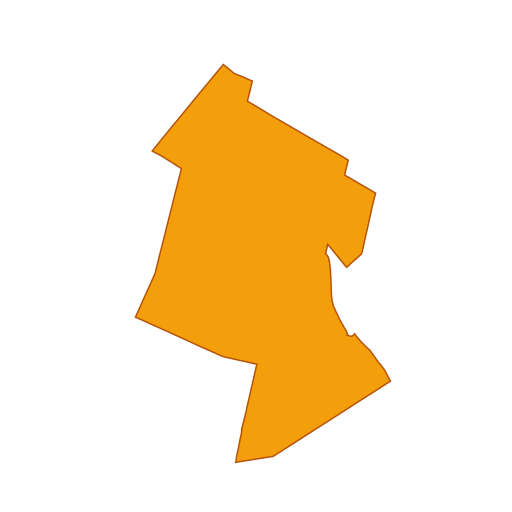 outline of Comuna 10, Ciudad de Buenos Aires, Argentina, rotated 240°
{"feature_id": "61730980B55355191537575", "entity_name": "Comuna 10", "entity_type": "district", "adm_level": 2, "iso_a3": "ARG", "parent_name": "Argentina", "parent_adm1": "Ciudad de Buenos Aires", "projection": "mercator", "projection_center": [-58.505, -34.627], "detail": "fine", "context": "isolated", "style": "filled", "palette": "amber", "viewbox_px": 512, "rotation_deg": 240, "n_neighbors": 0, "source": "geoboundaries", "source_scale": "gbopen_adm2", "svg_char_len": 3791}
<svg xmlns="http://www.w3.org/2000/svg" viewBox="0 0 512 512"><g transform="rotate(240 256 256)"><path d="M87.5,135.2L73.9,170.8L73.9,171.1L80.4,309.9L80.7,309.9L80.9,309.9L82.7,309.9L83.9,310.0L84.1,310.0L85.2,310.0L86.6,310.1L87.0,310.1L88.4,310.2L89.5,310.3L90.7,310.3L91.7,310.3L93.7,310.2L95.3,310.1L96.5,309.9L98.7,309.7L100.6,309.5L101.5,309.0L109.5,308.3L117.4,307.5L117.8,307.4L123.6,305.6L125.0,305.2L129.3,304.1L136.9,302.7L137.2,302.7L139.3,302.7L138.7,300.3L138.5,299.6L138.9,298.3L140.2,296.7L141.1,296.4L141.4,296.0L142.0,295.2L142.4,296.0L143.0,296.3L144.1,296.4L145.0,296.5L145.3,296.6L146.9,296.7L147.5,296.7L147.9,296.7L149.0,296.7L150.2,296.6L150.7,296.6L151.2,296.6L152.4,296.7L159.5,296.7L161.0,296.8L164.0,297.2L168.0,297.4L171.5,297.8L174.5,298.1L179.3,299.6L180.3,300.0L183.7,301.5L183.8,301.5L188.1,303.7L188.6,304.0L190.2,304.9L192.7,306.2L195.0,307.4L195.2,307.5L195.9,307.9L199.9,310.0L204.0,312.1L206.0,313.1L206.7,313.5L207.7,313.9L211.0,315.4L214.4,316.7L218.2,317.9L221.6,317.9L222.4,317.9L223.2,317.3L226.2,320.2L227.3,321.3L229.8,323.6L230.2,324.0L207.9,327.6L200.9,328.8L201.0,329.7L202.1,334.3L203.6,341.7L205.0,348.2L205.2,348.7L208.7,352.0L215.9,358.6L222.3,364.5L223.0,365.2L230.2,371.8L237.4,378.4L238.2,379.1L241.2,381.9L244.4,384.8L247.3,387.7L250.6,391.0L256.8,387.5L263.0,384.0L269.2,380.4L275.5,376.9L281.8,373.2L284.6,375.9L286.2,377.4L292.3,383.3L292.9,383.8L294.3,383.0L295.0,382.6L295.7,382.4L302.8,378.3L310.9,373.6L315.1,371.1L319.7,368.5L321.5,367.4L322.1,367.0L323.1,366.5L323.6,366.2L327.3,364.1L327.8,363.8L332.8,360.9L336.9,358.5L338.3,357.7L343.4,354.8L348.8,351.7L350.7,350.6L352.2,349.8L353.4,349.1L356.0,347.6L357.7,346.6L361.9,344.2L368.1,340.6L375.0,336.8L376.7,335.9L380.6,333.7L383.1,332.3L385.3,331.1L394.4,326.0L395.5,327.0L400.1,331.5L405.1,336.2L408.0,339.0L409.3,340.3L413.9,336.9L419.4,332.8L425.0,328.4L431.5,326.0L438.2,323.5L435.5,316.1L432.3,307.5L428.7,297.8L425.0,287.8L421.3,277.8L420.9,276.9L420.3,275.4L418.5,270.6L415.9,263.6L413.0,255.9L409.6,246.7L406.8,239.4L404.0,232.0L403.6,231.0L401.2,224.7L398.8,218.6L397.6,219.3L397.0,219.7L395.9,220.4L392.8,222.4L389.3,224.5L387.0,225.7L381.1,228.8L375.1,232.0L374.7,232.1L374.1,232.4L373.9,232.6L369.0,235.1L365.0,231.3L361.1,227.4L355.5,222.0L354.6,221.1L348.1,214.8L341.6,208.5L335.9,203.0L335.1,202.2L328.6,195.9L322.1,189.6L321.3,188.9L315.6,183.3L309.1,177.0L302.6,170.6L301.8,169.9L297.0,165.3L296.1,164.4L291.3,159.8L286.0,152.5L285.3,151.5L280.2,144.4L279.4,143.3L276.2,138.8L275.6,138.0L275.4,137.7L274.8,136.8L273.9,135.6L268.4,128.1L263.3,121.0L256.5,126.0L255.7,126.6L251.7,129.4L251.1,129.8L250.1,130.5L249.8,130.8L245.7,133.7L244.8,134.4L243.9,135.1L243.1,135.6L242.0,136.5L241.1,137.1L240.6,137.4L240.3,137.6L239.4,138.3L238.6,138.9L237.1,140.0L236.3,140.6L234.8,141.7L232.7,143.2L232.2,143.5L231.7,143.8L230.8,144.4L230.6,144.6L221.8,150.9L219.0,152.9L218.3,153.4L217.5,154.0L216.9,154.4L216.0,155.0L215.5,155.4L214.2,156.3L213.2,157.0L211.7,158.1L210.9,158.6L209.7,159.5L208.8,160.1L206.5,161.7L205.5,162.4L203.8,163.6L203.2,164.1L201.9,165.1L201.4,165.5L200.5,166.2L199.7,166.7L198.9,167.3L197.9,168.1L196.4,169.1L193.8,171.0L191.0,173.0L188.4,174.9L185.5,177.0L181.9,180.9L177.7,185.4L174.0,189.4L173.8,189.7L173.6,189.9L172.8,190.8L169.5,194.4L167.4,196.6L165.1,199.1L164.4,199.8L163.8,200.5L161.9,202.6L157.1,198.2L154.3,195.6L152.3,193.7L151.5,193.0L150.1,191.7L147.4,189.2L146.6,188.5L142.7,184.8L141.4,183.6L138.0,180.4L137.3,179.8L131.6,174.5L124.5,168.0L118.5,162.2L117.6,161.3L112.8,156.6L112.7,156.7L112.5,156.9L110.6,155.3L109.4,154.4L108.8,153.9L108.0,153.1L103.9,149.4L101.4,147.2L98.9,145.1L96.5,142.9L94.0,140.7L91.6,138.5L89.6,137.1L89.3,136.9L88.9,136.5L87.5,135.2Z" fill="#f59e0b" stroke="#b45309" stroke-width="1.5"/></g></svg>